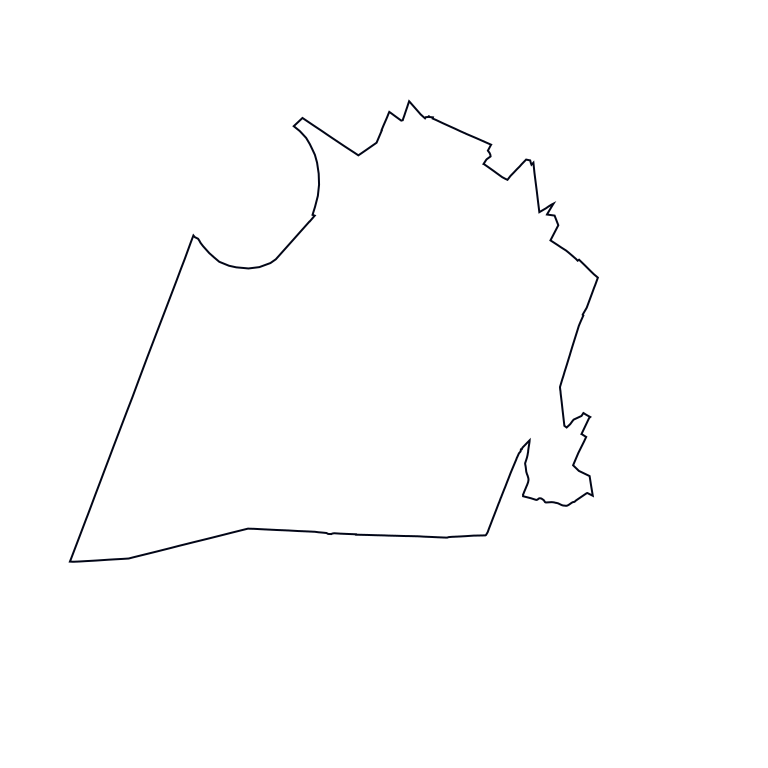 Atenco, México, Mexico (Equal Earth projection), rotated 20°
{"feature_id": "50627088B50781851998453", "entity_name": "Atenco", "entity_type": "district", "adm_level": 2, "iso_a3": "MEX", "parent_name": "Mexico", "parent_adm1": "México", "projection": "equal_earth", "projection_center": [-98.95, 19.543], "detail": "fine", "context": "isolated", "style": "outline", "palette": "ink", "viewbox_px": 768, "rotation_deg": 20, "n_neighbors": 0, "source": "geoboundaries", "source_scale": "gbopen_adm2", "svg_char_len": 5181}
<svg xmlns="http://www.w3.org/2000/svg" viewBox="0 0 768 768"><g transform="rotate(20 384 384)"><path d="M216.4,161.9L213.7,167.3L211.0,172.6L218.3,175.1L220.9,176.4L226.7,179.4L232.3,184.0L236.5,188.1L240.7,192.3L245.4,198.9L250.7,208.7L254.8,218.9L257.5,229.8L258.6,241.1L259.0,249.5L261.3,249.5L258.6,256.7L258.4,256.8L253.3,269.6L249.9,278.2L244.8,291.0L239.7,303.8L235.9,309.2L233.4,311.3L226.9,316.8L222.0,319.3L217.1,321.8L213.2,322.8L205.3,324.9L197.9,325.9L192.7,325.7L187.4,325.5L180.9,323.1L175.1,320.8L166.9,316.4L165.0,315.2L163.3,314.1L161.5,312.5L159.6,311.1L156.0,310.7L154.1,309.6L154.0,317.4L154.0,334.7L153.8,345.3L153.7,358.1L153.3,385.2L152.8,415.3L152.4,440.7L152.2,463.7L152.1,482.2L151.8,496.7L151.4,523.4L151.2,535.8L151.1,546.6L150.9,561.8L150.8,572.4L150.6,586.7L150.5,599.8L150.4,608.9L150.3,612.6L150.1,628.3L149.7,655.3L149.6,658.3L152.6,657.4L158.2,655.1L164.2,652.5L170.3,649.9L174.9,647.9L181.0,645.2L185.5,643.2L193.4,639.8L198.1,637.8L203.8,635.3L207.4,632.8L214.4,628.1L222.3,622.8L228.4,618.7L233.1,615.5L239.9,610.9L246.7,606.2L253.4,601.7L259.3,597.7L265.9,593.3L274.1,587.8L279.1,584.4L285.0,580.4L291.6,575.9L300.2,570.1L305.7,566.4L307.4,565.9L311.2,564.6L320.1,561.9L325.9,560.1L333.7,557.7L339.3,555.9L344.7,554.2L353.4,551.6L357.8,550.2L363.5,548.4L369.6,546.5L373.3,545.7L375.1,545.2L377.7,544.5L380.9,543.7L382.8,544.0L385.9,543.0L386.0,542.8L386.5,542.3L387.1,541.9L387.5,541.7L388.0,541.4L388.5,541.2L394.0,539.6L401.6,537.2L409.1,534.8L409.2,535.2L413.0,533.9L420.7,531.3L428.3,528.8L436.0,526.2L439.8,525.0L447.5,522.4L455.1,519.9L459.7,518.3L468.9,515.2L473.7,513.8L480.3,511.7L486.1,509.9L491.8,508.1L495.8,506.8L497.1,505.8L499.6,504.6L507.3,501.4L512.9,499.0L519.9,495.9L531.0,491.6L531.5,491.0L532.1,487.9L532.1,486.3L532.1,483.8L532.2,479.4L532.3,472.8L532.4,469.0L532.4,468.4L532.5,463.5L532.6,456.8L532.7,455.4L532.7,451.2L532.8,450.4L532.8,448.9L533.0,441.6L533.1,439.6L533.2,433.7L533.3,430.4L533.4,424.6L533.5,422.2L533.9,413.8L534.1,410.0L534.1,407.7L534.2,407.3L534.5,403.0L535.4,400.7L535.0,398.6L535.5,398.4L535.8,398.2L535.9,396.4L538.9,389.7L540.1,387.1L540.5,388.5L540.9,390.4L541.5,393.6L542.3,397.4L542.7,398.7L542.8,399.6L543.2,401.7L543.5,404.2L543.6,406.5L543.7,409.3L543.7,410.2L544.3,411.4L545.1,412.7L545.8,414.0L547.7,417.8L548.0,418.2L549.1,419.7L550.3,421.0L551.0,422.0L551.7,422.9L552.2,423.8L552.6,424.7L553.0,427.0L553.0,430.1L552.9,431.2L552.8,433.8L552.7,435.8L552.6,437.5L552.6,439.0L552.5,440.6L552.8,441.0L553.1,441.9L561.1,441.1L566.2,440.9L567.1,440.7L567.8,440.1L568.5,438.9L568.9,438.4L569.5,438.1L570.2,437.9L571.1,437.8L573.8,438.5L574.9,439.3L575.7,439.9L576.2,440.0L576.8,439.9L581.9,437.7L583.3,437.3L584.9,437.0L585.7,437.0L586.4,436.8L588.3,436.6L590.4,436.8L591.3,436.9L592.9,437.0L593.9,436.9L594.7,436.7L595.4,436.5L596.8,436.2L597.9,435.5L598.9,434.4L601.0,431.4L601.7,430.6L602.7,429.9L603.3,429.6L604.3,427.7L611.8,417.3L612.4,416.9L618.4,417.6L613.5,408.9L608.7,400.2L600.8,399.4L596.8,399.0L589.5,395.7L590.2,382.3L591.7,369.2L591.8,367.8L592.1,364.6L591.6,364.5L589.7,364.1L587.0,363.5L586.7,363.5L588.4,345.8L589.1,344.5L584.8,343.8L581.3,343.1L580.5,346.5L577.5,349.5L574.4,352.6L573.7,354.6L572.7,358.1L570.5,362.4L567.8,361.6L565.3,356.6L560.8,347.6L557.1,340.1L553.4,332.8L552.0,329.8L551.8,329.6L550.5,326.9L550.4,326.6L549.9,318.2L549.9,317.7L549.8,315.0L549.5,310.4L549.5,310.1L549.4,307.6L549.2,303.0L548.8,295.5L548.7,293.2L548.6,291.9L548.2,284.7L548.1,282.4L547.7,273.5L547.4,266.7L547.3,264.8L547.2,263.0L547.2,262.9L547.3,260.3L547.5,256.8L547.9,251.4L547.0,251.0L547.0,250.8L548.4,243.0L548.4,242.9L548.5,227.4L548.5,227.2L548.5,223.1L548.5,221.8L548.6,218.8L548.6,211.4L548.6,211.2L548.6,210.9L543.7,209.1L539.9,207.4L532.4,203.9L524.8,200.5L523.8,201.9L521.6,200.8L512.6,197.4L509.4,196.3L503.5,195.0L499.5,194.0L491.3,192.1L493.5,175.2L486.7,167.4L479.2,169.0L479.3,168.2L481.4,157.4L481.6,156.5L480.0,158.2L477.9,160.9L476.1,163.5L471.2,169.4L466.7,160.6L461.7,150.7L456.8,141.2L453.1,134.0L448.7,124.9L447.6,127.5L446.4,126.1L444.9,123.9L440.8,124.5L438.1,130.6L437.1,133.2L435.4,136.8L433.6,141.0L431.7,145.2L430.2,149.9L427.8,149.7L424.3,149.2L418.7,147.6L418.3,147.5L414.2,146.3L407.3,144.4L402.7,143.2L402.3,143.2L403.4,138.3L403.7,137.6L406.3,133.7L405.6,132.3L404.1,130.7L401.8,129.2L401.9,128.6L402.7,122.9L402.8,122.5L386.5,121.4L379.0,121.0L375.3,120.8L374.9,120.7L372.8,120.6L371.7,120.5L369.9,120.4L363.3,119.8L359.1,119.5L350.0,118.8L342.5,118.1L338.9,117.9L338.8,116.7L335.3,117.6L334.9,117.1L334.5,117.1L334.1,118.0L332.0,119.0L331.7,120.3L329.1,119.3L327.4,118.6L326.5,118.2L326.3,118.2L325.8,117.9L325.3,117.6L320.4,114.9L316.4,112.7L312.2,110.4L311.3,109.9L310.9,109.7L311.0,113.7L311.1,116.2L311.1,116.4L311.1,117.4L311.2,122.1L311.3,125.2L311.3,128.1L311.4,129.7L310.1,130.6L301.8,128.2L298.8,127.3L295.9,126.5L295.8,128.0L295.7,131.7L295.6,133.7L295.1,141.6L294.9,146.3L295.2,146.4L294.5,159.8L293.6,161.1L287.7,169.5L283.8,175.0L281.7,177.9L276.8,176.7L274.6,176.2L266.0,174.2L257.8,172.2L251.7,170.7L245.3,169.1L240.7,167.9L237.5,167.1L232.1,165.8L228.4,164.9L216.4,161.9Z" fill="none" stroke="#020617" stroke-width="2"/></g></svg>